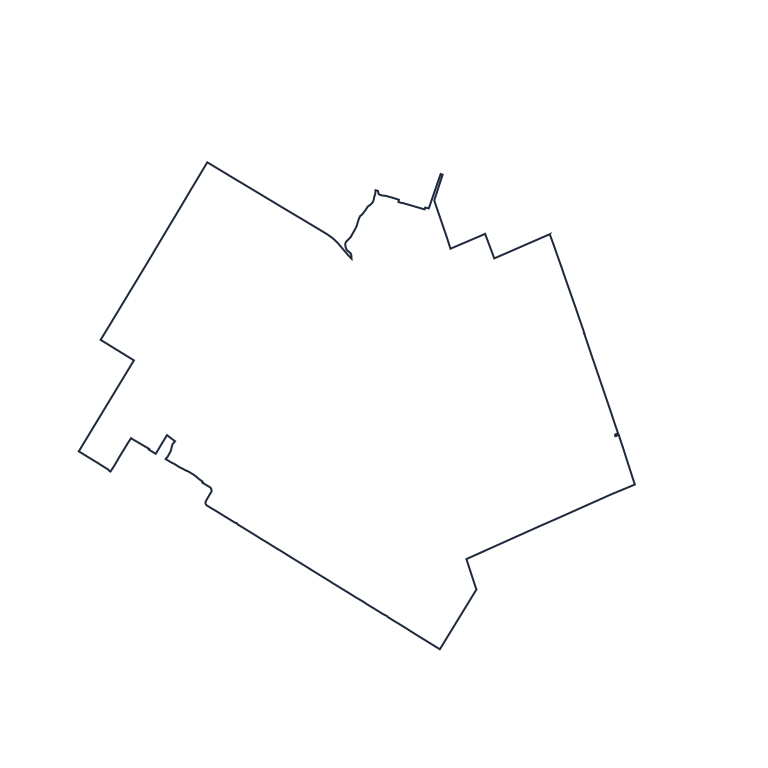 the district of Scanteia, Ialomita, Romania, rotated 120°
{"feature_id": "2599482B4025904881025", "entity_name": "Scanteia", "entity_type": "district", "adm_level": 2, "iso_a3": "ROU", "parent_name": "Romania", "parent_adm1": "Ialomita", "projection": "natural_earth1", "projection_center": [27.447, 44.74], "detail": "fine", "context": "isolated", "style": "outline", "palette": "slate", "viewbox_px": 768, "rotation_deg": 120, "n_neighbors": 0, "source": "geoboundaries", "source_scale": "gbopen_adm2", "svg_char_len": 4582}
<svg xmlns="http://www.w3.org/2000/svg" viewBox="0 0 768 768"><g transform="rotate(120 384 384)"><path d="M487.5,651.5L487.5,651.3L487.5,650.6L487.6,647.2L488.6,612.4L559.8,613.9L593.8,614.6L595.0,614.6L595.0,614.2L595.0,613.4L595.0,612.7L595.0,611.4L595.1,608.4L595.3,602.2L595.3,601.5L595.5,592.2L595.6,591.3L595.9,581.7L596.0,580.2L596.5,578.7L596.6,577.6L596.6,577.1L589.2,576.7L579.1,576.7L572.0,576.5L563.5,576.3L557.4,576.0L557.5,575.2L557.6,562.3L557.6,557.0L557.6,555.0L558.4,555.0L558.6,546.8L536.8,546.4L538.1,536.3L541.1,536.9L542.4,537.0L548.5,535.2L554.8,535.0L558.2,535.6L558.3,530.5L558.3,528.1L558.1,527.1L558.1,523.9L558.3,519.9L558.2,518.3L558.0,514.7L558.0,512.7L557.9,511.6L557.6,510.3L557.7,504.4L557.9,501.8L558.1,500.1L558.5,498.6L558.6,498.0L559.0,495.3L559.0,493.3L559.2,493.0L559.6,492.9L559.7,491.7L560.3,491.7L560.3,490.5L560.4,485.9L560.4,483.1L560.6,482.2L561.1,481.4L561.6,480.8L562.2,480.3L562.7,479.9L563.6,479.6L564.4,479.6L566.9,479.7L569.6,479.7L571.5,479.7L573.9,479.7L575.5,479.6L576.3,479.2L576.9,478.6L577.3,478.1L577.5,477.7L577.7,477.1L577.8,475.9L577.9,471.9L577.9,468.9L578.0,464.2L578.1,461.6L578.1,459.1L578.2,458.4L578.6,443.9L578.6,442.9L578.3,442.3L578.1,442.0L578.2,441.7L578.5,441.2L578.7,440.7L578.8,440.0L578.8,439.0L579.1,428.1L579.4,417.6L579.6,412.9L579.7,407.2L579.9,400.4L580.1,395.5L580.1,390.6L580.5,379.8L580.7,373.7L580.9,365.3L581.3,353.7L581.6,344.0L581.9,332.7L582.1,328.8L582.4,316.8L582.8,303.4L582.9,300.4L582.9,294.8L582.9,292.8L583.0,291.6L583.2,289.9L583.3,287.0L583.4,285.3L583.4,281.2L583.5,278.0L583.6,275.8L583.6,274.5L583.7,271.8L583.7,270.2L583.7,268.6L583.8,267.7L583.5,267.0L583.5,266.5L583.5,266.2L583.6,265.4L583.6,265.0L583.9,264.3L583.9,263.8L584.1,258.5L584.2,255.7L584.2,253.3L584.5,241.8L584.7,239.6L585.0,230.5L585.1,228.7L585.8,203.0L515.8,201.2L512.1,205.4L503.3,215.2L494.4,225.1L427.3,176.7L424.5,174.6L412.8,166.0L399.6,156.4L396.8,154.4L386.3,146.8L365.9,132.0L350.4,120.1L345.6,116.5L343.8,118.6L327.8,136.3L319.1,145.8L316.4,148.9L310.5,155.4L310.4,155.6L310.5,155.7L312.1,156.5L313.1,157.0L313.5,157.5L312.7,158.4L312.0,158.5L311.5,158.0L310.9,157.5L310.3,157.0L309.8,156.6L308.5,158.0L304.7,162.4L292.9,175.7L292.7,175.9L275.4,195.7L275.3,195.8L258.4,215.1L258.3,215.3L240.8,235.1L240.5,235.5L240.4,235.7L240.2,235.5L237.5,238.6L236.9,239.2L230.0,247.2L223.1,255.1L221.8,256.6L213.8,265.9L205.7,275.3L199.2,282.9L193.9,288.9L188.7,295.0L186.3,297.8L178.8,306.5L171.5,315.3L171.4,315.3L174.2,317.4L189.2,328.5L220.1,351.3L203.5,371.4L203.4,371.5L206.8,374.0L224.7,387.4L233.6,394.1L226.2,402.2L220.1,409.2L209.0,421.9L207.5,423.6L205.0,426.5L200.2,431.9L199.8,432.3L198.5,432.6L193.1,433.7L184.8,435.5L178.1,436.9L173.4,437.9L173.5,438.3L173.5,438.5L173.6,438.8L173.9,439.6L173.9,439.9L177.3,439.3L191.7,436.5L209.5,433.0L210.6,436.5L212.5,436.2L214.9,446.0L215.2,447.3L217.3,455.8L217.4,456.0L217.6,457.5L218.1,458.8L218.4,459.2L218.6,459.9L219.1,462.6L218.6,462.7L217.0,463.1L218.2,468.9L218.8,471.2L220.3,476.9L221.1,478.5L221.6,479.8L222.1,481.3L222.2,483.2L222.1,483.6L222.0,483.8L221.4,484.3L220.9,484.8L219.8,485.8L219.9,486.3L220.0,486.8L220.4,488.2L224.3,486.4L224.9,486.4L226.4,486.1L226.7,486.0L227.9,485.6L228.7,485.3L229.9,485.0L230.5,484.9L230.8,484.8L231.2,484.8L231.5,484.7L231.8,484.7L232.0,484.7L232.3,484.7L232.7,484.7L233.2,484.8L233.6,484.9L234.0,485.0L234.5,485.1L235.0,485.2L235.4,485.4L235.9,485.5L236.4,485.8L237.0,486.1L237.6,486.4L238.2,486.7L238.8,486.8L239.4,486.8L240.1,486.8L240.8,486.9L241.8,486.9L242.8,487.0L245.0,487.3L247.2,487.5L247.5,487.6L248.5,487.8L249.0,488.0L250.2,488.6L251.8,488.5L252.6,488.5L253.2,488.4L254.1,488.3L254.7,488.0L255.5,488.0L257.0,487.6L261.1,486.6L265.7,486.4L269.5,486.4L273.3,486.3L275.7,486.9L278.0,487.5L279.9,488.0L280.8,487.9L281.9,487.6L282.3,487.5L283.3,486.8L284.5,485.8L286.0,484.2L286.5,483.1L286.9,481.5L287.2,479.9L287.5,478.3L288.2,477.2L289.8,476.0L291.7,474.8L291.0,477.2L290.6,478.6L290.0,480.5L288.9,483.6L288.1,485.9L287.7,487.1L287.1,488.7L286.5,490.3L286.2,491.2L285.5,493.0L285.2,493.9L284.6,496.0L284.5,496.5L284.0,498.5L283.6,500.4L283.4,501.6L283.2,502.8L283.1,504.1L283.0,505.4L282.8,507.2L282.7,509.1L282.6,515.1L282.4,526.5L282.4,527.2L282.2,537.8L282.2,541.6L282.1,547.6L281.9,562.8L281.7,571.3L281.7,572.8L281.6,579.4L281.5,583.8L281.3,595.0L280.9,622.7L280.8,624.9L280.4,647.9L287.4,648.0L294.7,648.1L311.6,648.4L331.5,648.6L354.7,649.0L383.4,649.4L384.3,649.4L387.1,649.4L413.9,649.9L422.4,650.1L472.1,651.1L487.3,651.5L487.5,651.5Z" fill="none" stroke="#1e293b" stroke-width="2"/></g></svg>